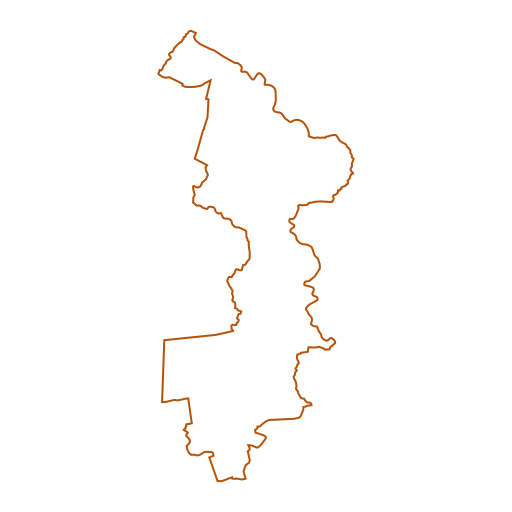 Si Nakhon, Sukhothai, Thailand (Mercator projection)
{"feature_id": "78962969B98677957537558", "entity_name": "Si Nakhon", "entity_type": "district", "adm_level": 2, "iso_a3": "THA", "parent_name": "Thailand", "parent_adm1": "Sukhothai", "projection": "mercator", "projection_center": [99.969, 17.386], "detail": "fine", "context": "isolated", "style": "outline", "palette": "amber", "viewbox_px": 512, "rotation_deg": 0, "n_neighbors": 0, "source": "geoboundaries", "source_scale": "gbopen_adm2", "svg_char_len": 6039}
<svg xmlns="http://www.w3.org/2000/svg" viewBox="0 0 512 512"><path d="M337.7,193.1L338.0,190.3L339.5,190.5L340.1,189.4L341.3,189.0L341.4,187.5L344.1,186.2L345.1,186.1L346.0,185.4L346.4,184.4L347.8,183.9L348.1,182.5L347.6,180.6L348.4,180.1L350.0,177.7L350.2,176.0L351.0,175.0L351.2,174.2L353.1,173.5L352.9,172.8L351.5,171.5L350.8,170.1L350.6,168.7L352.0,166.2L351.8,163.7L353.6,159.0L353.4,158.3L352.3,157.9L351.8,157.3L352.0,156.1L351.5,154.5L350.2,152.5L350.4,150.2L348.5,147.9L347.4,147.2L346.0,144.6L344.9,143.7L342.0,142.4L339.9,140.8L336.2,135.3L334.5,134.9L330.7,135.5L328.1,136.4L325.7,136.8L325.2,137.8L322.6,137.5L320.3,137.8L317.1,137.5L314.3,138.1L308.8,136.3L308.8,132.8L307.6,128.8L304.5,123.7L302.7,121.8L299.4,120.2L296.3,119.8L293.2,120.6L291.4,121.9L290.0,121.9L285.3,118.7L282.5,114.7L281.3,113.3L280.0,112.7L276.2,112.0L274.5,111.4L273.5,110.2L273.2,108.6L273.8,106.6L275.1,104.1L275.8,100.5L275.6,92.0L275.0,89.1L273.5,87.1L271.2,85.6L268.1,84.8L265.6,84.8L264.7,84.6L264.6,83.9L265.3,80.3L265.2,79.1L262.2,75.2L260.4,73.6L258.8,73.2L257.1,74.4L253.9,79.3L252.9,79.5L252.0,79.2L250.5,77.5L247.1,72.5L244.5,71.6L242.5,71.9L241.4,71.4L241.2,70.6L241.8,68.0L241.5,66.6L240.5,65.3L237.8,63.1L234.8,62.9L223.2,56.4L214.0,50.3L209.4,48.6L199.9,44.0L196.6,41.2L195.1,39.6L194.0,36.7L195.9,33.0L190.7,30.7L188.7,31.6L187.7,33.5L185.8,34.5L186.0,35.1L185.3,36.8L183.6,37.3L183.6,38.5L183.2,39.5L182.4,39.9L181.6,41.9L180.6,42.0L180.0,42.8L179.5,42.7L178.8,43.6L178.0,44.1L174.3,48.1L172.7,51.7L172.2,52.0L171.3,52.0L169.4,53.6L169.0,54.7L170.3,56.6L170.7,57.9L170.6,58.5L167.2,60.5L166.0,62.3L165.8,63.5L164.4,64.7L163.3,66.6L162.3,69.2L161.1,70.5L159.8,70.0L159.0,72.0L158.4,74.1L161.3,76.1L163.2,77.3L163.9,77.2L165.2,77.8L169.2,77.2L182.6,83.8L182.3,85.4L184.9,86.7L186.4,86.9L190.2,87.1L195.0,86.8L200.3,85.9L202.7,84.8L205.1,83.0L210.6,80.3L206.1,98.9L208.5,99.3L207.5,117.4L204.1,127.7L204.3,128.8L203.1,130.0L197.6,149.9L194.7,158.7L207.1,165.2L205.5,167.4L206.1,170.9L207.6,173.8L207.8,175.1L205.8,179.5L202.2,182.5L200.8,185.6L200.0,186.6L198.4,187.3L197.5,187.5L196.1,187.2L193.9,185.9L193.2,186.3L193.0,187.1L193.6,190.9L194.6,194.3L194.5,195.4L193.2,198.0L193.3,200.0L193.1,202.5L196.6,205.6L199.9,205.5L203.3,208.0L206.9,209.0L207.4,208.8L208.5,207.0L210.2,206.6L213.8,207.4L215.1,209.3L215.3,211.0L217.2,213.0L218.8,213.6L220.6,213.0L221.3,213.2L221.6,214.7L223.4,218.0L225.8,218.7L227.4,218.5L229.7,219.3L230.9,220.3L231.5,221.2L231.6,222.2L232.4,224.4L234.6,226.7L236.3,227.4L238.8,227.4L245.2,230.3L246.2,231.4L246.5,237.3L247.4,238.5L247.7,240.7L248.9,241.9L248.7,243.6L248.8,246.0L249.7,252.5L249.7,257.2L249.4,259.1L247.2,261.5L245.5,264.4L244.9,264.8L243.1,265.0L241.9,269.9L240.7,270.4L238.9,270.1L238.3,269.5L236.1,269.4L234.8,271.9L234.3,273.8L233.1,274.6L231.9,276.8L231.3,277.1L229.8,276.9L229.0,277.0L228.0,278.6L227.3,280.6L227.3,281.6L228.2,282.9L229.0,285.2L231.3,288.5L232.6,291.0L232.0,293.8L233.0,296.1L233.1,297.4L232.3,300.4L232.8,301.3L234.1,301.9L235.1,303.0L235.3,306.0L235.0,308.0L236.8,308.7L238.1,310.5L240.7,311.1L241.3,311.7L240.5,313.7L238.8,314.1L238.2,314.8L237.1,318.4L237.4,319.0L238.6,319.7L238.7,320.5L237.9,322.1L236.6,323.1L236.1,325.0L234.9,325.2L232.9,324.7L231.7,325.3L231.4,325.8L231.5,328.8L233.0,330.4L233.1,331.0L215.6,334.9L164.3,340.2L162.1,402.0L165.1,402.1L174.4,399.9L177.9,400.4L185.9,398.6L188.2,398.4L191.8,423.3L186.2,424.4L186.2,426.4L185.6,426.7L185.5,428.4L184.5,429.0L183.8,430.0L187.2,432.0L187.8,432.7L186.4,434.6L186.2,436.0L188.5,438.0L189.8,440.4L189.9,441.9L189.6,442.6L188.3,444.4L186.6,445.9L187.4,450.1L189.2,453.1L190.7,454.5L191.8,454.9L193.7,454.6L196.1,455.3L198.4,455.4L200.4,454.5L204.1,452.2L205.7,451.8L210.7,452.0L212.6,452.6L213.1,453.5L213.5,455.8L209.3,457.4L217.6,481.2L219.1,480.9L221.4,481.3L232.0,477.3L232.2,478.6L234.9,478.8L236.3,478.8L236.5,478.5L241.8,479.5L245.6,478.7L243.8,472.4L243.7,471.0L245.6,465.2L248.9,462.8L249.8,460.5L247.8,451.3L249.2,450.2L249.7,449.2L249.6,448.1L248.3,445.1L252.1,445.6L256.8,447.6L258.1,447.3L260.6,445.3L265.4,439.0L265.9,438.0L265.6,436.6L263.4,435.2L255.5,432.6L255.0,430.1L257.4,428.3L257.5,426.5L259.7,426.5L262.8,423.7L266.1,421.3L269.2,420.0L293.9,418.8L298.2,417.9L299.9,417.1L300.6,416.4L303.3,409.7L303.4,407.0L305.8,406.5L307.9,405.6L311.5,405.2L311.3,404.0L310.6,403.1L309.6,402.5L307.1,402.5L305.0,400.3L304.1,398.7L301.7,398.3L300.8,397.7L298.3,393.4L297.9,391.5L296.0,388.9L296.5,386.1L295.9,382.4L295.1,380.2L294.0,378.9L293.7,376.5L294.9,374.7L295.4,371.8L296.8,370.7L296.6,370.1L295.6,369.0L295.5,368.4L296.9,366.6L297.4,364.5L298.6,363.4L298.9,362.8L296.9,358.4L297.2,354.7L300.7,353.6L300.9,352.8L307.8,351.8L308.5,347.3L315.7,347.5L319.2,346.8L323.6,348.5L325.2,349.8L327.2,349.4L329.5,349.4L329.8,348.3L330.5,347.0L334.9,343.3L335.2,342.0L334.9,341.1L333.5,339.4L331.4,338.0L330.4,338.1L327.7,340.4L326.9,340.7L325.2,340.3L323.0,338.9L321.6,336.9L321.0,334.2L319.1,331.7L317.1,326.7L316.7,326.4L314.7,326.4L313.4,326.0L311.6,324.8L310.9,323.9L312.0,320.6L311.8,318.1L311.0,316.7L308.6,314.0L307.2,311.1L306.0,309.5L305.9,308.5L307.6,306.1L309.5,304.5L317.2,300.2L317.6,299.4L317.4,297.8L317.2,297.3L316.6,296.9L313.5,295.7L312.4,294.4L312.4,293.1L313.5,291.2L313.8,289.8L313.7,288.8L313.2,287.8L311.4,286.9L305.2,285.4L304.3,284.8L304.3,283.6L304.6,282.5L305.3,281.7L306.3,281.3L308.2,281.3L309.4,280.9L315.1,276.0L319.7,268.8L319.9,266.7L319.6,263.8L317.8,258.5L315.2,256.1L314.3,254.6L312.3,248.5L311.4,246.9L307.4,244.7L302.5,244.2L299.4,242.7L296.7,239.8L296.1,236.6L295.3,235.1L293.8,233.7L290.7,232.0L290.4,230.8L290.5,229.7L294.1,226.9L294.3,225.9L294.0,224.9L291.3,223.4L289.7,222.0L289.3,221.4L289.2,220.5L289.9,218.9L292.7,219.0L293.6,218.7L295.5,216.3L298.2,209.7L298.5,207.8L298.1,206.0L298.8,205.2L299.6,205.0L302.5,205.3L306.3,205.0L308.1,204.1L308.8,202.9L311.6,202.6L314.7,201.8L321.1,201.4L331.7,202.1L332.2,201.2L333.2,200.6L333.7,198.3L333.1,197.1L333.4,195.3L336.0,194.5L336.7,193.5L337.7,193.1Z" fill="none" stroke="#b45309" stroke-width="2"/></svg>